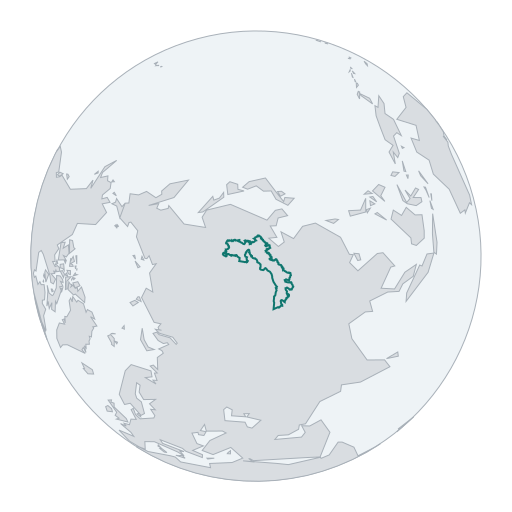 Inner Mongol highlighted on a globe, orthographic projection, rotated 255°
{"feature_id": "CHN-1838", "entity_name": "Inner Mongol", "entity_type": "Autonomous Region", "adm_level": 1, "iso_a3": "CHN", "parent_name": "China", "parent_adm1": "", "projection": "orthographic", "projection_center": [116.94, 45.357], "detail": "fine", "context": "on_globe", "style": "outline", "palette": "teal", "viewbox_px": 512, "rotation_deg": 255, "n_neighbors": 0, "source": "natural_earth", "source_scale": "10m", "svg_char_len": 17584}
<svg xmlns="http://www.w3.org/2000/svg" viewBox="0 0 512 512"><g transform="rotate(255 256 256)"><circle cx="256" cy="256" r="225" fill="#eef3f6" stroke="#a8b0b8"/><path d="M449.0,369.6L448.7,370.4L448.5,370.7L449.0,369.6ZM406.2,88.1L406.3,88.2L409.7,91.3L409.2,91.2L412.5,95.3L406.7,95.0L388.2,87.2L388.2,84.7L383.7,83.6L383.4,86.9L384.3,89.5L368.5,94.0L365.0,109.6L371.5,118.2L364.1,113.9L381.4,133.2L384.4,146.2L376.4,129.4L372.0,126.2L371.7,133.7L367.1,132.1L364.4,135.0L358.9,132.6L354.7,123.5L351.1,121.9L351.1,127.4L345.6,128.9L346.2,121.0L336.7,122.9L327.9,109.2L333.7,91.9L324.3,84.2L318.1,66.9L314.1,67.4L309.2,61.8L302.7,60.5L303.4,58.1L297.7,59.2L298.2,61.6L295.9,63.0L292.1,62.6L292.4,59.3L294.3,59.1L292.4,57.9L294.2,56.6L291.2,57.0L291.9,53.5L285.6,56.4L281.5,53.1L283.6,51.0L290.6,51.9L312.7,51.0L316.9,50.0L315.8,47.1L298.4,39.6L300.0,38.5L296.9,36.5L292.7,36.4L293.6,38.1L285.0,38.0L287.1,40.6L283.9,41.1L283.2,43.9L275.5,42.8L268.4,40.4L268.6,38.2L265.5,37.3L259.0,39.1L253.3,35.4L238.9,34.0L238.2,33.5L248.4,31.9L264.4,32.0L277.6,32.0L261.1,31.5L259.8,30.8L256.3,30.8L251.8,30.8L249.2,31.0L247.1,31.0L255.6,30.7L263.9,30.9L259.8,30.8L267.3,31.0L270.5,31.2L287.0,32.9L303.4,35.8L319.6,39.9L335.4,45.2L350.7,51.6L365.5,59.1L379.8,67.8L393.3,77.4L406.2,88.1ZM468.9,211.6L467.1,208.5L468.2,207.7L468.9,211.6ZM465.9,208.5L466.6,209.2L466.0,209.0L465.9,208.5ZM465.4,209.6L465.8,208.8L465.6,210.1L465.4,209.6ZM465.1,211.7L465.2,210.4L465.3,210.7L465.1,211.7ZM463.7,213.6L463.3,214.0L463.3,212.4L463.7,213.6ZM385.4,91.0L383.9,87.2L385.8,85.1L387.7,88.3L385.4,91.0ZM381.0,96.1L379.0,93.6L384.2,94.3L383.7,95.5L381.0,96.1ZM377.1,125.0L376.7,121.0L378.7,125.5L377.1,125.0ZM364.9,135.8L366.5,137.6L364.4,138.4L364.9,135.8ZM287.4,44.4L285.4,44.1L286.6,43.7L287.4,44.4ZM289.1,46.0L292.0,45.7L293.2,46.4L291.4,46.6L289.1,46.0ZM354.2,135.6L350.3,136.7L353.5,134.0L354.2,135.6ZM285.2,46.2L295.0,47.8L297.1,49.1L291.9,51.0L285.2,46.2ZM347.6,136.2L338.3,139.3L340.9,143.3L328.1,134.3L340.3,134.4L343.8,130.3L344.3,134.2L347.6,136.2ZM300.1,62.6L299.3,59.9L303.4,62.6L300.1,62.6ZM303.3,64.0L319.4,71.2L318.7,75.2L313.4,71.8L315.3,77.7L307.1,76.1L304.2,72.5L306.3,70.1L301.5,71.4L303.3,64.0ZM322.5,129.1L319.6,128.7L321.8,127.4L322.5,129.1ZM295.3,63.8L298.6,64.7L298.2,68.2L291.5,67.0L293.8,66.2L295.3,63.8ZM319.9,80.2L318.4,82.8L311.3,82.2L309.8,83.1L306.8,76.5L319.9,80.2ZM292.0,65.2L288.1,66.3L284.9,64.4L292.0,63.1L292.0,65.2ZM301.0,69.7L300.5,71.4L298.5,70.0L301.0,69.7ZM271.2,58.7L275.2,59.4L275.3,61.2L271.2,58.7ZM286.9,66.9L288.0,67.6L288.6,68.5L285.4,68.9L286.9,66.9ZM302.0,76.6L299.4,75.9L302.9,79.3L297.7,79.2L296.7,74.8L294.9,76.7L293.3,76.7L294.3,73.2L302.0,76.6ZM283.8,72.0L280.7,66.9L273.2,65.0L272.9,63.2L284.9,66.7L283.8,72.0ZM289.9,73.0L286.0,71.9L287.5,70.1L291.1,69.7L289.9,73.0ZM294.6,80.8L302.8,82.0L302.7,83.0L294.6,80.8ZM281.3,71.8L282.1,73.0L280.6,71.8L281.3,71.8ZM290.2,78.3L293.1,78.6L292.9,79.6L290.2,78.3ZM281.3,75.5L280.3,73.8L282.7,73.4L281.3,75.5ZM285.1,77.1L284.2,78.5L284.1,74.3L286.4,77.0L285.1,77.1ZM289.5,79.3L290.4,80.0L288.3,79.1L289.5,79.3ZM272.8,78.3L272.1,73.1L277.4,72.1L277.3,77.2L272.8,78.3ZM102.0,91.6L102.5,92.9L95.1,101.1L85.1,121.8L82.7,126.0L76.6,129.9L63.3,157.3L67.6,157.5L62.7,179.5L64.2,190.9L77.6,182.1L75.3,163.1L82.1,153.7L89.7,163.7L92.8,181.3L95.6,178.3L99.7,162.7L106.6,162.7L101.8,157.1L99.2,162.3L96.1,159.2L98.3,154.3L100.7,154.3L101.5,148.3L90.1,150.4L86.2,156.0L84.6,144.5L77.9,152.9L75.2,152.0L85.5,137.7L89.2,135.2L103.3,116.0L99.2,117.3L85.7,135.9L87.2,132.0L81.6,134.8L87.0,129.6L102.9,109.8L105.5,100.6L98.1,99.0L101.9,93.7L109.9,85.9L123.3,78.6L113.4,91.3L118.0,89.6L129.2,81.8L125.3,86.6L128.6,85.2L125.8,90.1L130.8,93.0L129.2,98.0L139.9,95.6L140.6,98.0L134.1,98.6L128.7,102.0L126.0,115.4L128.0,117.0L135.2,114.6L133.5,118.9L140.8,114.9L143.5,121.9L146.4,110.3L154.8,107.9L161.2,110.6L164.5,107.9L154.1,103.7L149.5,104.0L144.8,107.5L132.7,107.5L131.8,103.7L146.3,96.4L146.6,90.6L157.8,88.1L179.0,100.0L183.4,107.3L172.2,124.8L166.2,124.3L167.2,117.6L158.2,126.3L162.8,124.3L161.4,128.2L169.2,127.6L168.6,130.3L177.1,125.3L177.2,128.6L171.8,131.7L183.5,134.4L186.1,141.3L189.0,140.6L191.4,138.0L193.1,148.8L195.2,147.9L195.4,143.9L199.7,139.6L207.9,136.5L208.1,140.4L205.1,142.0L199.2,151.8L191.3,156.0L192.2,157.4L199.1,154.6L206.4,142.7L211.3,139.8L208.7,145.5L210.0,143.2L212.5,143.0L215.1,146.6L218.3,140.4L245.5,134.7L253.3,141.6L247.9,147.0L267.1,148.8L274.4,157.6L274.5,153.8L283.9,152.8L281.7,149.9L282.5,148.1L305.5,145.5L311.0,148.3L321.1,143.9L321.2,142.0L317.7,139.6L328.1,134.3L340.9,143.3L340.1,146.9L348.7,150.5L345.4,158.4L346.7,167.0L338.2,174.4L340.0,181.0L343.2,181.7L348.0,191.6L346.8,210.4L333.7,191.9L332.6,165.4L331.8,175.6L327.8,172.5L324.9,175.9L324.7,183.5L327.3,184.8L305.5,194.8L296.6,214.7L307.4,214.0L313.1,220.2L312.5,244.7L287.8,275.9L295.1,286.5L294.8,293.2L286.8,297.0L287.0,287.2L280.0,283.3L281.3,277.5L268.6,281.0L269.9,272.9L259.4,280.1L262.2,286.9L272.9,286.4L263.1,296.8L272.6,308.7L272.4,321.9L252.2,342.5L233.5,346.6L232.1,350.3L225.4,344.7L215.3,350.6L227.0,373.8L226.3,379.5L210.5,387.5L210.4,383.3L192.5,368.5L188.3,381.3L201.8,395.6L206.4,408.7L195.7,402.6L191.1,390.6L184.8,385.0L187.1,373.9L183.1,354.2L172.3,354.3L173.7,347.1L166.5,328.1L151.3,327.2L126.8,336.4L122.4,353.3L114.4,356.7L107.2,324.3L109.4,305.2L103.4,302.7L98.9,280.0L81.1,260.4L81.6,254.1L77.6,252.3L74.9,241.0L76.9,231.0L73.9,226.7L69.3,253.1L72.9,257.9L80.2,256.2L77.9,263.9L80.9,276.4L66.6,281.8L45.3,265.9L48.4,251.9L59.0,200.5L61.6,197.9L61.8,197.4L62.3,196.5L57.9,199.8L61.5,190.5L50.3,222.3L46.1,233.3L44.9,266.2L43.7,266.5L44.9,275.2L55.0,287.2L53.9,291.1L46.0,301.1L36.6,302.8L40.8,322.4L42.4,327.5L37.8,312.1L34.4,296.4L32.1,280.5L30.9,264.5L30.8,248.4L32.0,232.4L34.2,216.5L37.6,200.8L42.1,185.4L47.7,170.3L54.3,155.7L61.9,141.6L70.6,128.0L80.2,115.1L90.7,103.0L102.0,91.6ZM90.8,207.6L96.1,218.2L102.9,205.5L105.5,208.7L106.8,203.4L103.3,204.5L108.0,191.0L113.6,193.2L117.7,188.7L116.0,185.0L105.0,183.4L98.3,202.4L93.2,203.4L90.8,207.6ZM258.9,30.8L257.6,30.9L253.2,30.8L255.5,30.8L258.9,30.8ZM232.0,32.6L229.2,32.5L232.8,32.3L235.5,31.9L246.4,31.3L238.5,33.2L240.1,32.3L232.0,32.6ZM258.8,31.7L252.8,31.4L259.7,31.7L258.8,31.7ZM149.9,74.2L145.9,77.0L142.7,77.0L144.7,72.1L149.4,71.8L149.9,74.2ZM141.1,81.0L155.1,75.9L154.4,79.2L152.4,78.1L150.6,80.8L146.9,79.9L132.6,88.6L128.8,89.3L134.6,79.0L134.8,81.7L138.6,78.7L141.1,81.0ZM191.8,61.2L197.8,60.2L188.5,68.5L184.0,68.6L185.7,63.2L192.0,60.1L191.8,61.2ZM274.2,49.7L277.1,49.6L277.0,50.4L274.5,51.1L274.2,49.7ZM273.0,58.9L261.5,51.2L264.2,50.6L254.1,47.5L257.4,44.8L263.8,46.8L258.8,42.7L265.9,43.5L261.7,41.0L275.7,45.8L281.8,46.7L273.7,46.6L270.5,48.9L271.0,50.2L276.9,54.8L288.7,58.4L287.4,61.7L283.3,63.1L280.3,62.8L282.1,60.6L276.8,61.7L277.1,58.4L273.0,58.9ZM236.8,83.9L240.2,80.5L229.5,84.2L229.8,80.0L228.5,80.7L225.8,78.0L220.4,76.1L221.6,74.2L218.9,74.3L217.1,72.7L213.9,72.2L214.8,68.8L211.0,68.1L213.7,67.0L206.8,66.8L212.3,65.5L210.5,63.6L206.1,65.8L219.1,50.8L220.2,46.3L218.2,43.5L228.0,42.3L236.2,44.4L242.2,48.7L239.7,53.5L244.6,52.4L244.8,54.4L240.8,54.5L247.1,55.7L246.2,57.5L251.6,62.8L261.1,63.9L263.3,66.1L259.2,66.6L264.3,68.5L257.9,70.9L259.3,72.6L254.5,77.0L245.6,77.3L247.9,79.3L244.3,83.0L236.8,83.9ZM271.2,79.4L260.5,80.2L255.4,78.4L266.0,71.6L265.6,69.7L272.2,65.8L279.5,68.5L276.9,69.3L276.1,70.8L274.1,69.3L275.1,71.6L271.6,73.0L271.4,75.2L268.0,74.7L271.2,79.4ZM84.3,127.0L83.2,129.6L82.5,133.1L79.0,135.2L84.3,127.0ZM94.9,113.3L94.6,115.0L89.2,119.1L90.4,116.6L94.9,113.3ZM98.9,112.7L95.0,114.8L97.8,112.1L98.9,112.7ZM134.2,100.2L134.4,102.1L132.7,103.1L130.5,103.0L134.2,100.2ZM205.3,95.6L208.1,93.5L209.2,94.1L217.2,92.1L217.7,95.3L213.0,97.7L205.3,95.6ZM74.6,181.0L71.5,180.1L72.5,177.1L73.3,178.0L74.6,181.0ZM73.4,156.3L71.5,163.4L72.4,156.8L73.4,156.3ZM207.2,98.8L210.4,97.5L208.6,99.9L207.2,98.8ZM218.4,97.6L217.1,100.3L218.6,95.5L218.4,97.6ZM49.9,347.0L49.7,346.5L52.2,350.9L52.1,348.4L56.7,359.3L59.8,366.7L49.9,347.0ZM263.9,440.2L270.8,440.9L270.6,441.5L263.9,440.2ZM256.6,437.8L264.5,438.3L255.2,439.2L256.6,437.8ZM267.6,438.4L275.7,437.2L279.2,436.1L278.6,437.5L267.6,438.4ZM251.2,437.6L222.4,434.4L211.1,430.8L213.7,428.8L231.9,432.2L251.2,437.6ZM212.8,428.6L195.7,418.0L173.3,389.2L181.3,392.0L204.9,411.8L203.4,413.8L213.7,421.7L212.8,428.6ZM254.5,420.3L252.9,427.0L236.9,425.0L229.7,423.1L224.7,413.6L227.5,409.4L233.4,410.3L256.7,396.0L264.8,400.5L257.5,407.1L264.1,413.7L254.5,420.3ZM123.1,355.5L126.6,368.1L122.4,367.5L123.1,355.5ZM266.6,384.4L256.9,391.5L265.9,381.8L266.6,384.4ZM272.2,374.7L272.6,378.8L268.9,374.7L272.2,374.7ZM231.5,356.1L225.2,356.2L225.3,353.1L233.3,351.3L231.5,356.1ZM272.2,332.8L271.3,342.0L269.9,345.1L267.4,339.4L272.2,332.8ZM215.7,127.4L204.1,126.3L196.0,128.3L192.0,133.5L192.7,126.0L205.1,122.8L215.7,127.4ZM241.8,133.2L245.3,129.1L247.2,131.5L246.6,132.8L241.8,133.2ZM241.6,130.3L239.6,124.2L243.7,122.3L244.5,127.4L241.6,130.3ZM222.9,110.6L219.4,109.9L221.0,107.9L222.9,110.6ZM335.6,466.7L339.1,465.4L335.6,466.7ZM303.7,471.1L259.5,478.1L249.8,477.5L252.2,476.0L243.3,469.3L246.5,469.7L244.4,464.4L270.5,459.9L289.2,448.5L303.8,448.0L314.8,438.2L329.8,436.3L325.3,443.7L340.8,444.4L351.6,427.4L360.7,439.4L371.8,439.5L374.6,444.0L353.6,458.9L341.8,464.2L339.7,464.8L334.8,466.8L327.3,469.1L323.4,468.7L318.6,470.5L323.4,467.7L316.3,470.8L312.5,470.2L303.7,471.1ZM410.9,412.9L413.1,411.7L416.2,410.8L412.9,413.1L410.9,412.9ZM443.5,378.1L444.3,377.7L442.2,380.5L443.5,378.1ZM448.5,370.7L446.0,374.2L449.0,369.6L448.5,370.7ZM422.7,397.9L423.7,397.8L422.8,398.8L422.7,397.9ZM421.8,398.3L423.2,396.0L422.9,397.4L421.8,398.3ZM411.8,397.5L413.1,395.9L413.7,396.2L411.8,397.5ZM281.2,440.9L290.9,435.8L296.2,435.1L281.2,440.9ZM409.9,396.9L406.6,398.6L407.0,397.6L409.9,396.9ZM410.2,394.7L409.8,393.7L411.9,395.4L410.2,394.7ZM403.8,395.4L407.9,395.5L403.4,395.9L403.8,395.4ZM401.4,396.9L398.5,397.4L398.7,396.9L401.4,396.9ZM368.0,412.3L379.0,416.1L370.1,419.1L360.2,417.5L352.4,424.2L334.7,427.5L338.7,423.9L336.3,419.9L318.1,421.0L314.4,418.4L320.9,415.5L308.9,414.4L322.0,411.4L327.4,417.0L334.9,410.8L347.8,409.4L360.3,408.3L370.4,409.8L368.0,412.3ZM322.1,425.2L324.4,424.9L322.4,427.0L322.1,425.2ZM392.8,396.7L397.1,397.6L396.6,398.6L394.5,399.1L392.8,396.7ZM372.7,408.0L383.6,399.1L386.1,398.2L378.9,406.6L372.7,408.0ZM380.9,396.7L386.0,395.6L388.6,397.4L387.6,398.6L380.9,396.7ZM295.3,422.2L294.8,424.0L291.4,422.8L295.3,422.2ZM299.7,420.9L310.0,421.9L298.8,422.5L299.7,420.9ZM268.7,415.4L271.7,419.7L281.1,417.0L273.9,421.0L280.4,427.7L278.2,430.3L271.8,423.0L269.7,430.5L265.5,430.3L263.2,423.8L267.3,415.7L271.5,412.2L288.5,410.6L268.7,415.4ZM299.6,415.7L296.9,410.8L298.9,407.2L301.9,409.8L299.6,415.7ZM289.0,398.4L281.9,392.1L275.4,394.6L288.7,385.4L293.3,393.0L289.0,398.4ZM283.2,384.3L277.1,386.6L283.5,381.2L283.2,384.3ZM275.6,384.3L275.0,379.6L279.8,380.3L275.6,384.3ZM286.3,384.4L287.7,376.5L290.0,381.1L286.3,384.4ZM273.3,368.9L283.3,376.9L270.1,373.4L270.1,357.4L275.8,357.2L273.3,368.9ZM308.5,300.1L307.4,295.0L312.7,293.5L311.9,297.4L308.5,300.1ZM328.9,285.3L313.7,291.5L301.4,296.8L305.0,299.0L301.9,307.8L296.7,299.9L305.6,290.0L314.9,287.5L316.7,280.0L323.7,274.4L322.7,265.2L325.9,260.9L329.6,268.6L328.9,285.3ZM321.9,261.3L322.7,244.7L332.5,246.1L334.5,250.0L330.0,256.9L325.1,255.8L321.9,261.3ZM325.8,241.2L321.1,240.1L312.3,216.1L312.9,211.5L324.8,229.7L320.9,229.7L321.4,235.6L325.8,241.2ZM320.3,130.8L319.7,128.9L321.9,130.3L320.3,130.8ZM281.1,146.6L282.6,144.3L285.2,145.8L281.1,146.6ZM288.1,139.0L284.1,138.8L288.3,137.3L288.1,139.0ZM275.2,138.9L282.5,137.9L275.6,141.2L275.2,138.9Z" fill="#d9dde1" stroke="#a8b0b8" stroke-width="1"/><path d="M253.3,246.8L252.4,245.9L252.3,245.1L253.0,244.6L253.0,243.5L253.6,242.6L253.7,242.2L255.4,238.5L256.3,239.0L257.4,239.3L258.3,239.7L260.3,237.9L261.4,237.7L262.0,237.3L262.1,236.3L261.6,236.3L261.5,236.2L261.8,235.9L261.9,235.3L262.4,234.8L262.4,234.1L262.9,233.4L263.0,233.1L262.9,232.9L263.1,232.9L263.1,232.6L263.3,232.4L263.2,232.2L263.4,232.2L263.7,231.1L264.6,230.2L265.0,230.1L265.1,229.8L265.1,229.5L265.3,229.3L265.2,228.8L264.8,228.4L265.0,227.6L264.4,227.3L263.5,227.5L263.4,227.4L263.4,226.8L263.9,226.4L265.2,224.8L266.0,224.7L266.4,224.5L267.0,224.9L267.2,225.2L267.4,225.3L267.5,225.7L266.1,227.4L267.4,228.1L267.8,228.5L268.2,228.4L268.6,227.6L268.9,227.7L269.4,228.4L270.0,228.5L269.7,229.0L270.1,230.1L270.0,230.6L270.4,231.1L270.5,231.6L271.1,232.1L271.3,232.0L271.5,232.2L272.0,232.1L272.4,232.4L272.8,232.3L272.9,231.9L273.7,231.8L274.2,231.9L274.4,231.6L274.9,231.6L275.3,231.5L275.9,230.4L276.4,230.5L276.8,230.8L277.5,231.6L278.2,232.2L278.5,232.7L278.4,233.1L278.0,233.5L277.8,233.6L278.0,233.8L278.0,234.5L277.5,234.9L277.3,235.9L276.9,236.3L277.1,236.4L276.9,236.5L277.0,236.6L276.8,236.9L277.0,237.2L276.8,237.4L277.0,237.5L277.0,238.0L276.8,238.1L277.1,238.4L277.1,238.6L277.2,238.9L277.2,239.7L277.0,240.1L276.3,240.0L276.2,240.2L276.2,240.5L275.9,241.8L275.9,242.2L275.7,242.5L275.7,243.2L275.9,243.7L275.8,244.2L275.7,244.2L275.2,243.4L275.1,242.8L274.9,242.7L273.4,244.7L272.7,245.2L272.5,245.7L270.9,246.9L270.5,247.7L271.0,248.5L271.6,248.8L272.5,249.7L272.8,249.8L273.3,249.2L273.5,249.3L273.6,249.5L273.8,249.3L273.9,249.6L273.8,250.0L273.4,250.4L272.4,250.5L272.4,251.3L272.9,252.0L272.7,252.4L272.0,252.5L272.0,253.8L271.8,254.0L271.2,253.7L270.9,253.2L270.5,253.7L269.8,253.1L269.2,253.0L269.3,253.5L268.9,254.1L269.2,254.4L269.7,254.3L269.9,254.5L269.9,254.9L270.3,255.1L270.5,255.5L270.6,256.0L270.1,256.4L270.0,256.6L270.2,258.1L271.0,259.1L271.0,260.0L272.2,259.4L273.3,258.6L273.3,259.1L273.8,259.8L274.1,260.0L274.0,260.5L274.7,261.8L274.7,262.1L274.4,262.1L274.3,262.7L275.3,263.1L275.1,264.1L274.1,264.6L273.9,264.8L273.8,265.2L273.6,265.4L272.8,265.7L271.7,265.3L271.6,265.5L271.9,265.9L271.8,266.1L271.4,266.2L270.7,265.9L270.4,266.1L270.3,266.6L269.9,267.0L269.6,267.0L269.3,266.7L268.9,266.8L267.8,267.9L267.5,267.7L266.7,268.3L266.4,268.4L266.3,268.9L265.9,269.1L265.4,269.8L265.3,270.2L265.1,270.2L265.0,269.6L264.3,268.5L264.4,268.3L263.8,268.1L263.7,267.7L263.3,267.8L263.0,267.9L262.7,268.3L263.1,268.8L262.9,270.0L263.2,271.2L263.1,271.5L262.8,271.9L261.7,271.7L261.2,271.7L260.5,271.7L260.2,271.8L260.1,271.4L260.0,270.8L259.8,270.7L259.6,270.1L259.9,270.1L260.0,270.0L260.0,269.7L259.9,269.5L259.9,268.9L259.6,269.1L259.4,268.5L259.1,268.3L259.2,268.1L259.2,267.7L258.5,267.0L258.5,266.8L257.9,267.0L257.7,266.8L257.4,267.4L256.5,267.3L255.8,267.6L255.7,268.0L255.8,268.4L255.8,268.7L255.9,268.9L255.6,269.2L255.0,269.5L254.8,269.3L254.6,269.4L254.4,269.1L253.4,270.0L253.1,269.5L252.9,269.4L251.3,270.2L251.2,270.4L251.3,270.7L251.0,270.8L249.9,270.6L249.9,269.9L250.1,269.7L249.9,268.5L249.8,268.4L249.6,268.6L249.0,268.6L248.6,269.2L248.1,269.7L247.9,270.7L247.4,270.9L247.1,271.3L247.1,271.8L247.3,272.0L247.3,272.3L247.0,272.3L246.9,272.6L247.3,273.3L247.4,273.7L247.7,274.0L247.3,274.4L247.4,274.9L246.2,275.2L245.5,275.5L245.1,275.5L244.8,275.1L244.5,275.2L244.1,275.4L243.6,275.9L243.4,276.0L242.4,275.5L242.0,275.7L241.4,276.6L240.9,277.8L240.6,278.0L240.3,278.1L240.1,277.9L239.4,277.9L239.3,278.3L239.0,278.6L238.5,278.7L238.3,278.8L238.1,278.6L238.4,278.1L238.1,278.1L237.5,278.4L236.9,279.2L236.5,278.7L236.0,278.9L235.6,278.4L235.3,278.4L235.5,279.0L234.8,279.3L234.3,279.8L233.9,279.9L233.4,280.7L233.0,280.8L232.6,281.3L232.2,281.5L231.8,282.0L231.4,282.8L231.6,283.4L231.3,283.9L231.0,283.6L230.8,283.8L230.6,284.8L228.3,284.7L228.1,284.1L226.6,283.4L226.4,282.8L225.9,282.5L225.6,282.5L224.9,282.3L223.9,281.6L224.5,281.0L224.7,280.3L225.7,279.0L225.3,278.2L225.3,277.5L224.8,277.5L224.4,277.8L223.8,277.7L223.7,278.2L223.2,278.3L222.1,280.3L222.0,281.5L221.6,281.9L221.8,282.5L221.6,283.2L221.1,283.4L220.3,283.2L219.9,283.3L219.3,283.5L218.9,283.8L217.4,283.7L217.0,284.1L216.7,284.1L215.2,282.3L214.4,281.9L214.4,281.3L214.5,280.9L214.9,280.8L214.8,279.8L216.2,279.1L216.9,278.2L217.2,278.1L217.5,277.8L217.5,277.5L217.1,276.6L217.2,276.2L216.3,276.0L215.4,276.1L213.8,276.8L212.2,276.0L210.4,276.3L210.9,277.2L210.2,277.8L209.4,277.7L208.7,277.3L208.8,277.1L208.5,276.5L208.5,276.2L208.1,276.2L207.6,275.6L207.6,274.5L206.8,274.3L206.7,274.0L206.3,273.7L206.3,273.3L206.1,273.1L205.3,272.6L204.9,272.1L204.0,271.8L204.7,271.2L205.6,270.8L206.0,270.2L206.7,269.6L206.8,269.1L206.5,268.4L205.7,268.1L204.9,268.2L203.9,268.0L202.9,268.2L202.1,268.7L201.1,268.5L201.6,267.2L200.8,266.1L200.2,264.8L200.3,264.5L200.9,264.1L200.1,259.2L206.2,261.5L207.8,261.4L211.0,262.7L211.9,262.8L212.4,263.2L212.7,264.0L213.1,264.5L215.9,265.7L217.5,267.0L219.9,266.9L219.8,267.7L220.9,267.9L221.1,268.2L221.8,267.7L226.6,266.2L230.7,266.0L232.4,266.4L232.9,266.3L234.4,266.4L235.0,266.1L236.1,265.8L237.2,265.4L239.0,263.4L240.7,262.8L241.3,262.2L241.8,262.1L241.8,261.7L241.6,261.1L240.8,260.2L240.5,259.3L241.6,257.1L242.2,256.6L243.4,256.8L243.9,257.4L244.3,257.6L246.7,258.2L247.5,257.6L248.1,257.4L249.0,256.5L249.4,255.8L249.8,255.6L250.5,255.9L251.6,255.8L252.5,255.6L253.4,254.7L253.9,254.6L254.1,254.2L254.0,253.8L254.4,253.1L255.0,252.3L255.7,252.0L257.1,252.1L257.3,251.4L257.2,251.2L257.7,251.1L258.0,251.4L258.3,251.4L258.6,251.1L259.6,250.6L260.8,250.8L261.1,250.4L261.3,250.6L261.5,250.5L261.7,250.8L263.4,251.0L263.9,250.7L264.0,250.5L263.9,249.8L263.6,249.4L263.4,248.8L262.2,247.8L262.3,247.6L261.8,247.4L261.7,246.9L260.8,246.5L260.0,245.6L259.3,245.5L258.2,245.6L257.1,247.0L256.3,246.4L255.7,246.1L254.8,246.3L254.2,246.1L253.7,246.4L253.3,246.8Z" fill="none" stroke="#0f766e" stroke-width="2"/></g></svg>